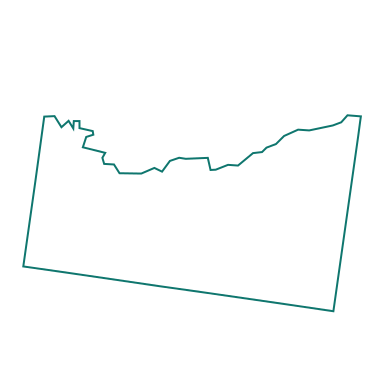 the district of Juneau, Wisconsin, United States of America, rotated 278°
{"feature_id": "52423323B86052819188515", "entity_name": "Juneau", "entity_type": "district", "adm_level": 2, "iso_a3": "USA", "parent_name": "United States of America", "parent_adm1": "Wisconsin", "projection": "albers", "projection_center": [-89.981, 43.945], "detail": "fine", "context": "isolated", "style": "outline", "palette": "teal", "viewbox_px": 384, "rotation_deg": 278, "n_neighbors": 0, "source": "geoboundaries", "source_scale": "gbopen_adm2", "svg_char_len": 754}
<svg xmlns="http://www.w3.org/2000/svg" viewBox="0 0 384 384"><g transform="rotate(278 192 192)"><path d="M94.8,35.3L94.7,83.6L94.2,173.1L94.2,217.9L93.9,301.9L93.6,348.6L270.6,348.8L284.9,348.7L288.5,348.7L290.0,348.7L290.4,348.7L289.6,335.3L281.8,330.1L277.5,322.2L269.3,299.5L268.5,288.4L260.3,275.4L251.2,268.5L246.3,259.6L241.3,255.8L239.0,247.0L224.6,233.9L223.9,223.9L217.4,212.4L216.4,207.3L228.0,202.9L224.0,181.2L224.1,174.5L219.7,165.8L208.0,159.5L210.6,151.4L203.2,139.2L200.5,117.6L208.4,110.9L207.6,101.1L213.4,98.5L218.7,100.6L221.1,77.7L231.8,79.6L235.0,86.3L238.5,85.2L239.6,71.7L246.6,70.7L245.8,65.1L238.4,65.6L245.3,59.9L238.0,53.7L248.0,45.3L246.1,35.2L180.4,35.4L94.8,35.3Z" fill="none" stroke="#0f766e" stroke-width="2"/></g></svg>